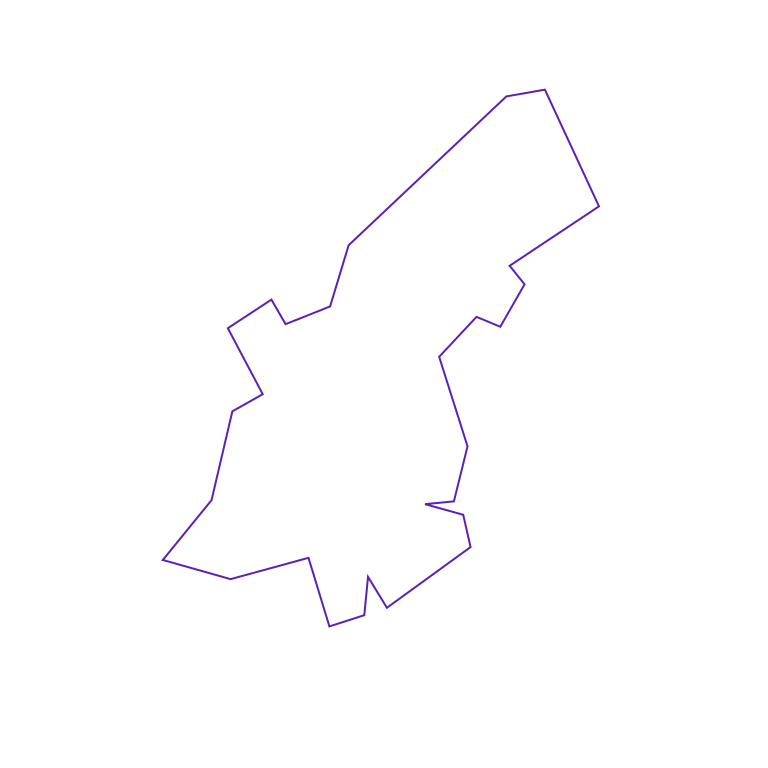 Shuto Orizari, Čučer Sandevo, North Macedonia (Mercator projection), rotated 243°
{"feature_id": "65306769B24962411373352", "entity_name": "Shuto Orizari", "entity_type": "district", "adm_level": 2, "iso_a3": "MKD", "parent_name": "North Macedonia", "parent_adm1": "Čučer Sandevo", "projection": "mercator", "projection_center": [21.412, 42.049], "detail": "fine", "context": "isolated", "style": "outline", "palette": "violet", "viewbox_px": 768, "rotation_deg": 243, "n_neighbors": 0, "source": "geoboundaries", "source_scale": "gbopen_adm2", "svg_char_len": 514}
<svg xmlns="http://www.w3.org/2000/svg" viewBox="0 0 768 768"><g transform="rotate(243 384 384)"><path d="M523.7,415.5L477.6,371.2L482.0,323.5L510.3,322.0L504.6,270.2L430.0,271.3L428.5,236.5L358.8,177.6L327.6,107.0L279.8,158.7L263.4,237.8L192.8,225.3L187.0,261.5L219.4,282.2L183.3,285.0L199.4,387.1L231.5,395.2L258.3,366.0L247.7,393.0L290.5,430.1L383.2,445.5L401.8,496.9L382.2,513.6L409.0,554.5L432.3,549.6L444.7,656.2L573.2,661.0L584.7,623.6L523.7,415.5Z" fill="none" stroke="#5b21b6" stroke-width="2"/></g></svg>